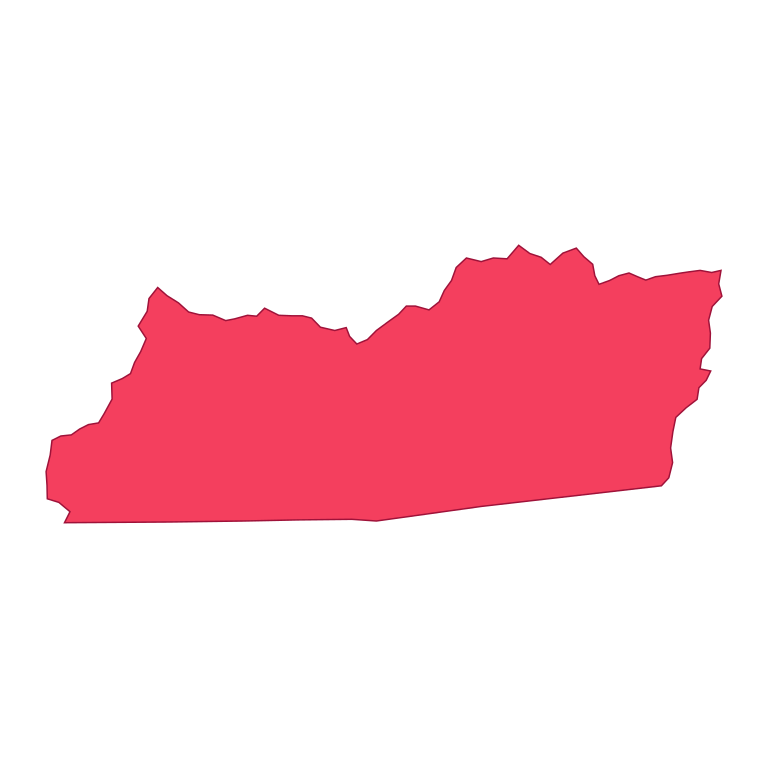 São Pedro de Alcântara, Santa Catarina, Brazil
{"feature_id": "56859067B21132471416897", "entity_name": "São Pedro de Alcântara", "entity_type": "district", "adm_level": 2, "iso_a3": "BRA", "parent_name": "Brazil", "parent_adm1": "Santa Catarina", "projection": "robinson", "projection_center": [-48.836, -27.586], "detail": "fine", "context": "isolated", "style": "filled", "palette": "rose", "viewbox_px": 768, "rotation_deg": 0, "n_neighbors": 0, "source": "geoboundaries", "source_scale": "gbopen_adm2", "svg_char_len": 1403}
<svg xmlns="http://www.w3.org/2000/svg" viewBox="0 0 768 768"><path d="M376.4,521.0L481.5,506.4L661.4,485.8L668.8,477.8L672.6,462.6L670.6,448.0L672.9,431.6L675.8,417.4L686.2,407.7L697.1,399.3L698.9,387.7L706.2,380.3L710.7,371.0L700.1,368.9L701.6,358.6L709.8,348.2L710.4,333.1L708.6,320.2L712.2,306.5L721.9,296.2L718.7,283.9L721.0,270.4L711.7,272.5L700.1,270.4L688.6,271.9L679.8,273.2L667.0,275.3L655.5,276.7L645.8,280.1L637.5,276.7L629.0,273.0L618.9,275.7L609.6,280.5L599.0,284.3L594.8,275.7L592.7,264.3L583.8,256.7L576.3,248.1L562.9,253.1L550.2,264.5L541.2,257.3L529.8,253.5L518.7,245.3L507.1,258.8L493.3,258.0L481.2,261.6L466.4,258.0L456.2,267.5L451.5,280.5L444.3,290.5L439.2,301.8L429.0,309.9L415.5,306.1L406.3,306.1L398.6,314.3L388.3,321.7L376.4,330.5L367.4,339.6L356.8,344.0L349.6,336.4L346.2,327.6L334.8,330.5L320.4,327.2L311.6,318.1L302.4,315.8L291.8,315.8L278.8,315.3L264.6,308.2L256.7,316.2L247.5,315.3L234.5,318.9L225.7,320.6L212.8,315.1L199.3,314.7L188.6,312.0L178.5,302.9L167.0,295.7L157.7,287.5L149.0,298.5L147.2,311.3L138.2,326.1L146.3,338.5L140.7,351.6L134.6,362.4L130.5,373.6L122.2,378.6L111.6,383.1L112.1,399.1L104.2,413.6L98.6,422.9L88.4,424.6L79.7,429.0L71.3,434.9L60.8,436.0L52.0,440.4L50.2,455.0L46.1,471.6L47.0,485.1L47.3,498.8L58.9,502.4L70.0,511.7L64.5,522.7L168.9,522.0L243.7,521.0L297.8,519.9L351.8,519.3L376.4,521.0Z" fill="#f43f5e" stroke="#9f1239" stroke-width="1.5"/></svg>